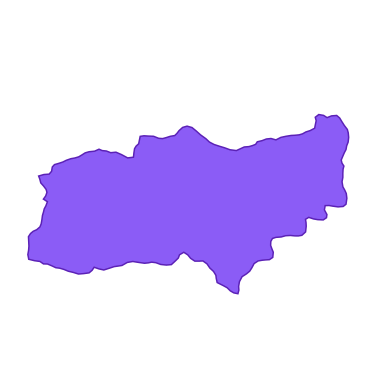 the district of Machacalis, Minas Gerais, Brazil, rotated 280°
{"feature_id": "56859067B87208191918029", "entity_name": "Machacalis", "entity_type": "district", "adm_level": 2, "iso_a3": "BRA", "parent_name": "Brazil", "parent_adm1": "Minas Gerais", "projection": "natural_earth1", "projection_center": [-40.718, -17.085], "detail": "fine", "context": "isolated", "style": "filled", "palette": "violet", "viewbox_px": 384, "rotation_deg": 280, "n_neighbors": 0, "source": "geoboundaries", "source_scale": "gbopen_adm2", "svg_char_len": 2726}
<svg xmlns="http://www.w3.org/2000/svg" viewBox="0 0 384 384"><g transform="rotate(280 192 192)"><path d="M99.8,254.9L103.5,255.2L107.2,254.3L112.0,254.3L117.3,256.0L120.9,259.9L124.1,262.6L127.7,264.1L132.3,265.6L135.6,269.1L137.0,273.0L138.0,276.6L138.8,280.0L141.6,282.9L146.8,282.5L149.5,280.8L153.1,278.7L157.0,278.2L160.2,279.3L161.9,282.5L163.2,287.6L165.2,291.8L166.3,296.5L166.6,300.6L167.2,304.3L168.4,307.7L172.4,310.8L178.2,310.4L181.7,309.6L184.8,308.5L187.3,311.4L186.6,316.3L186.6,320.6L187.3,326.1L190.0,328.9L193.2,328.8L197.4,325.5L201.7,325.5L202.5,329.3L202.5,332.9L202.7,338.4L204.0,343.4L206.7,345.8L212.7,345.6L217.3,344.2L220.5,342.0L223.3,339.7L228.1,338.0L232.6,338.0L236.6,337.3L240.8,336.8L243.9,337.1L246.5,334.7L249.4,333.4L253.4,334.3L257.2,335.2L260.6,336.3L264.3,336.3L268.2,337.1L273.0,336.8L277.4,335.6L280.6,334.1L283.9,330.5L287.5,327.2L290.5,324.6L292.5,321.2L291.2,316.2L288.7,312.1L290.3,308.3L290.3,303.4L287.0,300.4L283.8,301.9L280.6,301.8L276.1,301.7L273.0,297.7L270.9,293.7L268.5,290.8L266.9,287.6L265.8,283.7L264.9,279.8L263.2,274.9L261.2,270.0L257.9,265.6L258.4,260.5L257.1,256.0L254.7,252.0L252.8,247.6L250.0,246.4L248.1,243.3L246.6,240.2L245.4,235.6L242.7,231.7L240.5,228.5L240.2,222.1L241.2,216.4L241.8,211.3L242.6,205.6L244.2,200.5L246.9,196.4L249.8,190.4L252.8,185.6L255.5,180.8L256.0,175.7L254.0,171.6L250.2,168.6L247.1,167.0L244.6,165.2L243.1,161.0L241.1,157.2L239.5,153.8L239.1,149.8L240.2,144.5L239.5,139.3L239.0,134.9L237.8,131.3L233.9,131.2L230.2,131.1L227.5,129.0L224.7,127.9L220.5,128.0L216.1,128.3L214.4,122.7L216.6,116.1L218.0,110.2L216.6,105.1L217.5,100.6L217.2,96.3L218.0,93.0L215.3,89.0L213.8,83.7L212.0,80.0L209.6,77.4L207.0,74.4L205.1,70.6L203.8,67.0L201.4,62.7L199.1,59.6L197.0,55.7L195.1,51.8L192.4,50.1L188.0,50.1L184.8,48.2L183.5,43.1L181.1,38.2L178.4,39.8L174.7,41.5L172.1,44.8L169.2,47.9L166.4,49.2L162.7,48.6L159.2,46.9L157.3,51.3L153.0,50.5L149.7,49.4L146.3,49.2L142.9,48.8L138.6,49.0L134.4,49.0L131.2,48.3L127.9,45.6L125.8,42.5L123.1,40.2L119.6,38.7L115.7,39.6L110.4,40.8L106.1,41.2L101.9,41.2L97.4,42.9L97.0,48.8L97.2,54.3L95.4,58.2L96.0,62.2L94.9,67.0L93.8,71.0L94.0,74.8L93.5,79.4L92.5,83.9L92.2,89.0L91.5,94.4L92.8,99.4L94.5,104.7L97.5,107.2L100.9,108.7L100.1,113.8L99.9,118.7L102.3,123.3L105.0,128.3L106.2,132.0L107.5,135.8L111.4,140.5L113.3,145.8L113.4,152.3L113.6,157.6L114.6,161.2L115.9,164.4L116.1,168.7L115.2,173.8L115.6,179.4L116.9,184.3L120.7,187.2L124.6,190.0L128.0,190.6L131.2,194.4L129.4,198.7L126.4,202.2L124.4,206.8L125.2,211.2L126.0,214.7L123.8,219.3L120.2,222.8L117.5,227.0L114.1,230.0L111.1,230.9L107.2,232.5L105.3,238.9L103.8,243.3L101.3,246.9L99.9,250.7L99.8,254.9Z" fill="#8b5cf6" stroke="#5b21b6" stroke-width="1.5"/></g></svg>